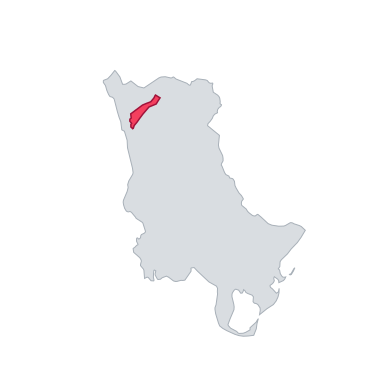 Hojambaz, Chardzhou, Turkmenistan shown in context, rotated 220°
{"feature_id": "10190150B33787597924926", "entity_name": "Hojambaz", "entity_type": "district", "adm_level": 2, "iso_a3": "TKM", "parent_name": "Turkmenistan", "parent_adm1": "Chardzhou", "projection": "mercator", "projection_center": [64.12, 37.845], "detail": "fine", "context": "in_parent", "style": "filled", "palette": "rose", "viewbox_px": 384, "rotation_deg": 220, "n_neighbors": 0, "source": "geoboundaries", "source_scale": "gbopen_adm2", "svg_char_len": 4336}
<svg xmlns="http://www.w3.org/2000/svg" viewBox="0 0 384 384"><g transform="rotate(220 192 192)"><path d="M121.3,134.0L137.0,134.9L141.8,135.5L143.8,133.3L143.7,132.7L143.0,132.2L141.8,130.6L140.8,119.9L142.1,118.4L143.7,117.2L146.0,113.9L147.2,112.8L149.0,112.0L155.0,111.7L157.5,111.1L159.7,107.2L160.1,104.9L161.8,103.1L162.7,103.1L166.8,104.7L167.6,105.5L169.0,108.3L170.6,108.1L170.8,107.7L170.6,107.1L169.4,105.3L166.9,102.0L164.4,100.0L164.2,99.3L166.3,97.7L170.6,98.4L171.7,97.9L172.8,95.3L178.5,101.1L179.6,101.7L184.1,102.5L184.8,103.3L186.4,106.6L187.9,107.5L189.8,108.1L197.9,108.3L200.4,110.5L200.8,111.0L200.3,112.6L200.1,115.6L199.5,116.8L199.9,117.3L202.8,118.6L204.4,120.5L204.6,121.3L204.1,121.9L202.8,121.6L202.1,122.5L202.1,124.0L203.1,125.5L203.4,126.8L202.0,130.0L202.0,131.2L202.4,132.0L209.6,136.6L210.8,136.8L217.8,135.9L219.1,136.4L225.2,137.5L226.9,137.3L228.0,135.8L229.1,135.3L230.2,135.2L233.1,136.2L236.2,138.2L238.2,140.0L239.2,141.6L242.0,150.7L243.8,154.4L246.0,156.3L247.5,159.8L248.8,167.5L249.6,169.0L252.9,172.0L269.8,184.4L274.9,189.9L282.8,195.1L285.7,194.5L291.8,200.1L295.8,202.3L300.8,205.6L311.4,213.2L313.7,213.5L316.2,212.4L318.4,213.0L322.4,215.0L326.7,217.9L330.3,218.9L331.4,220.2L331.4,220.9L329.4,224.5L329.1,229.2L329.3,235.4L328.3,235.5L321.2,233.8L314.4,229.9L312.8,231.2L311.9,232.4L310.2,237.8L301.1,238.1L295.7,240.8L290.7,258.1L289.6,260.2L286.6,263.1L281.4,265.8L280.6,266.9L280.4,268.0L279.8,268.3L276.8,268.3L265.8,272.0L263.4,272.0L262.4,272.3L262.0,273.0L263.2,276.4L262.2,277.4L261.5,279.1L260.9,282.0L253.7,286.6L252.1,287.2L249.2,286.7L247.7,287.2L246.2,288.7L245.5,288.2L245.1,286.8L244.3,285.8L239.8,282.1L234.6,282.7L232.6,282.4L231.1,281.7L228.7,279.6L227.2,277.6L225.5,277.8L225.1,276.9L225.0,275.7L225.5,274.4L225.4,271.8L224.4,269.9L223.4,269.1L224.6,266.2L224.6,263.9L223.8,261.5L223.5,258.0L223.7,254.6L222.7,252.8L207.4,253.0L201.9,244.9L199.6,243.0L192.0,239.6L189.9,237.8L188.2,235.8L187.7,233.0L186.9,231.4L185.7,231.1L179.7,227.9L177.3,227.1L174.0,227.9L172.1,227.0L169.8,228.2L168.8,228.3L166.4,227.5L163.3,224.6L160.8,223.4L155.5,221.5L151.7,221.0L148.4,219.8L148.1,219.4L148.0,216.9L147.5,215.9L146.6,214.7L145.3,213.7L139.6,213.8L137.0,212.9L135.0,212.7L130.4,212.9L129.0,213.6L128.1,214.4L127.6,216.8L127.1,217.2L122.7,217.2L113.4,216.7L109.5,217.9L103.5,221.6L100.0,224.7L99.0,226.1L97.0,231.6L96.1,232.4L94.9,233.0L93.7,233.1L88.2,235.3L86.1,235.8L80.6,235.5L79.3,227.4L78.8,221.0L79.4,212.0L79.1,206.2L80.0,197.4L79.7,195.2L76.8,191.3L76.5,188.6L74.7,188.5L71.9,186.2L69.2,185.3L67.8,185.2L66.6,185.9L65.6,187.2L65.0,185.1L65.0,183.0L67.2,178.4L68.6,179.8L70.2,180.3L74.5,180.0L74.0,178.5L71.9,176.9L71.4,174.9L71.6,172.7L72.2,170.7L71.5,169.9L70.5,169.4L68.2,169.5L62.3,168.7L61.6,171.1L63.3,174.2L60.5,170.6L58.7,167.0L57.5,162.7L57.3,158.1L59.6,150.6L61.4,141.4L63.7,145.3L65.4,147.0L69.1,148.1L70.9,147.9L72.8,146.9L74.7,147.2L77.6,151.2L79.7,151.6L84.0,150.1L86.1,149.7L87.9,150.4L89.7,150.4L88.9,148.6L88.6,146.8L89.7,145.8L93.1,146.8L95.8,145.8L96.3,145.3L96.6,143.7L96.2,140.6L95.5,139.2L94.0,137.4L87.9,132.9L85.9,131.1L84.2,128.8L81.4,119.6L79.3,113.7L78.4,113.0L74.9,112.5L68.2,113.9L65.8,113.6L64.7,114.2L62.0,116.7L60.7,118.9L58.9,123.7L60.3,125.3L59.2,133.5L59.8,136.9L59.6,137.2L57.6,132.9L54.8,128.5L52.6,121.9L56.6,117.6L60.0,114.5L63.7,112.2L67.5,110.6L76.1,108.2L80.8,107.3L84.7,107.2L87.6,108.7L95.7,114.0L99.1,117.0L100.1,118.3L101.1,121.1L106.9,130.4L108.3,131.7L110.6,134.7L112.8,135.6L121.3,134.0ZM64.7,198.9L64.5,200.1L63.5,196.6L62.9,192.6L63.6,191.5L64.4,191.6L63.6,193.0L64.7,198.9Z" fill="#d9dde1" stroke="#a8b0b8" stroke-width="1"/><path d="M278.2,202.3L277.9,203.0L278.4,204.3L279.0,205.8L279.0,209.9L279.3,213.5L279.4,214.5L279.5,216.4L279.7,219.9L279.6,229.5L277.1,234.3L276.0,236.4L276.4,238.8L276.7,241.1L277.0,243.6L279.5,243.2L281.8,242.9L282.3,242.8L282.2,241.8L281.8,240.4L281.7,240.3L281.6,238.5L281.6,234.8L281.6,234.7L282.3,233.3L283.8,230.7L285.8,226.8L286.2,225.1L286.6,223.4L287.5,219.5L287.8,218.5L288.2,216.5L288.8,214.0L289.2,212.5L287.5,210.9L286.1,209.6L286.2,208.8L286.4,207.9L285.4,206.6L285.0,206.2L283.4,206.0L282.4,205.8L282.4,205.7L282.4,205.3L282.3,204.5L281.6,203.7L280.6,202.5L280.4,202.5L279.4,202.5L279.2,202.5L278.2,202.3Z" fill="#f43f5e" stroke="#9f1239" stroke-width="1.5"/></g></svg>